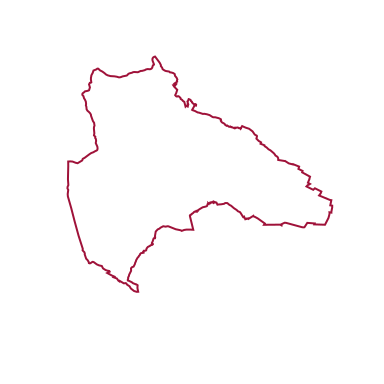 outline of Joseni, Harghita, Romania, rotated 21°
{"feature_id": "2599482B15919593836564", "entity_name": "Joseni", "entity_type": "district", "adm_level": 2, "iso_a3": "ROU", "parent_name": "Romania", "parent_adm1": "Harghita", "projection": "robinson", "projection_center": [25.38, 46.684], "detail": "fine", "context": "isolated", "style": "outline", "palette": "rose", "viewbox_px": 384, "rotation_deg": 21, "n_neighbors": 0, "source": "geoboundaries", "source_scale": "gbopen_adm2", "svg_char_len": 5986}
<svg xmlns="http://www.w3.org/2000/svg" viewBox="0 0 384 384"><g transform="rotate(21 192 192)"><path d="M177.5,304.4L175.7,301.6L175.1,300.2L174.8,298.9L174.6,298.5L173.6,298.3L172.7,298.2L172.4,298.4L171.9,298.3L169.6,298.3L168.1,297.8L164.5,297.5L163.8,297.6L163.5,297.0L163.4,295.6L163.0,294.6L163.2,293.2L163.0,292.0L163.0,291.4L163.4,287.4L162.4,285.1L163.0,283.6L164.2,282.6L164.5,279.8L164.3,278.1L164.5,277.1L164.3,275.8L164.8,272.6L165.3,271.7L165.4,270.6L165.9,269.3L165.8,268.4L166.3,267.4L168.6,266.0L168.5,265.7L167.8,265.3L168.1,264.1L168.8,263.9L169.9,263.2L170.1,262.7L169.9,261.6L169.9,260.9L170.4,259.2L172.1,257.3L172.4,256.6L173.8,255.6L174.2,254.8L174.0,254.5L173.2,254.6L172.9,254.3L172.8,253.9L173.0,252.3L172.9,251.1L172.8,249.2L173.1,248.7L174.0,248.4L173.8,247.3L173.3,246.8L172.3,241.9L173.4,239.2L174.8,237.8L175.3,236.7L177.4,234.3L179.8,233.8L181.5,232.7L182.3,232.5L190.2,232.6L194.4,231.9L195.7,231.8L196.2,232.0L196.9,231.5L198.2,230.3L200.3,229.1L203.9,227.7L206.7,226.8L199.2,216.0L198.5,214.9L198.5,214.3L199.4,213.4L199.6,213.0L199.5,212.7L200.6,211.2L201.1,209.9L201.5,209.5L201.6,209.3L202.4,209.0L202.5,208.8L202.8,208.9L203.0,208.6L203.3,208.6L203.2,208.4L203.4,208.4L203.3,207.8L203.8,207.6L203.7,207.5L205.3,205.2L207.4,202.5L210.0,200.7L210.8,200.0L211.1,199.4L210.9,197.7L211.0,197.3L211.7,197.2L211.4,196.7L211.7,196.8L211.9,196.3L212.7,196.1L212.6,195.9L212.8,195.6L212.7,195.5L212.8,195.2L213.5,195.3L213.9,194.5L214.5,194.4L214.7,194.1L214.8,194.4L215.2,194.2L215.4,194.4L215.9,194.5L215.9,194.2L216.3,194.0L216.3,193.7L216.6,193.9L217.0,193.7L216.9,193.2L218.6,193.1L220.3,194.7L221.1,194.2L223.7,193.0L226.2,191.5L226.7,190.7L227.4,190.2L229.0,189.7L231.5,190.6L233.4,190.8L237.0,192.1L240.2,192.8L241.7,193.5L244.0,193.6L245.1,194.3L248.9,197.2L249.1,197.2L249.5,196.4L251.5,198.3L252.2,197.4L252.6,197.6L253.8,196.5L254.3,196.9L257.8,192.3L258.1,192.7L259.8,192.7L262.8,193.1L271.3,195.3L271.0,196.8L286.0,190.9L287.6,191.1L287.5,190.6L286.9,190.2L289.5,187.5L290.8,187.1L307.6,185.4L309.1,184.9L309.6,184.6L310.7,179.5L317.8,177.4L317.8,178.4L327.9,174.9L328.7,167.4L328.4,164.4L328.1,162.7L327.6,161.7L329.5,161.3L329.2,160.5L328.4,156.1L327.8,154.5L325.9,154.9L325.0,149.7L323.5,150.0L311.9,149.7L312.6,147.2L312.6,145.2L305.4,144.5L304.4,146.5L296.9,145.8L297.5,144.2L298.7,143.0L299.3,142.2L296.9,141.8L297.0,137.6L296.8,137.2L296.7,135.4L287.8,134.2L287.7,132.7L283.1,132.3L282.9,129.9L276.5,129.8L276.5,130.1L272.1,130.6L267.8,129.7L267.7,129.8L261.0,131.2L260.3,129.5L259.1,128.5L256.7,128.0L256.1,127.4L254.5,126.5L250.3,125.0L248.1,124.7L245.8,123.7L243.4,123.2L242.9,122.4L238.7,122.4L238.7,120.9L235.9,120.4L233.0,119.1L232.7,116.7L232.3,116.2L230.0,115.9L226.8,113.7L222.6,112.5L218.9,112.7L215.2,112.5L214.9,114.1L214.5,114.7L214.7,114.9L214.8,114.8L214.9,115.0L214.5,115.2L214.5,115.6L213.9,115.3L213.2,115.4L212.8,115.6L212.3,115.4L211.5,115.4L210.7,116.0L209.9,116.1L209.7,116.3L209.6,116.8L209.3,116.8L209.1,117.0L208.8,116.9L208.7,117.3L207.0,117.2L205.6,117.4L205.5,117.2L205.1,117.4L204.4,117.1L203.9,117.6L203.6,117.6L203.2,117.8L202.9,117.6L202.2,117.6L200.9,117.3L200.5,117.8L200.2,117.7L199.0,117.5L198.3,116.9L197.5,116.6L195.2,116.3L194.3,115.9L193.5,115.3L193.6,115.0L193.2,114.7L193.1,114.0L192.8,113.7L190.5,113.5L187.0,113.9L185.0,114.6L184.2,114.6L180.9,113.9L178.0,114.1L175.4,114.6L174.2,115.2L170.1,115.4L168.8,115.7L165.6,115.3L163.1,115.4L162.7,115.3L163.3,111.3L163.1,110.4L164.8,109.9L164.5,108.9L163.7,108.7L163.0,109.1L161.8,109.2L159.9,108.4L159.5,107.7L158.5,107.5L157.7,106.6L156.4,106.4L155.6,106.5L155.6,108.7L155.3,109.1L156.4,110.6L156.2,110.6L156.4,111.6L157.2,112.2L157.4,113.8L155.6,113.6L155.3,114.5L152.5,110.6L150.8,110.2L149.9,109.6L148.1,109.2L147.5,108.3L145.6,107.5L144.6,107.5L143.8,108.3L142.8,108.3L141.6,107.6L141.8,105.5L141.6,101.9L137.7,100.1L136.2,99.0L137.3,98.2L138.1,98.5L138.6,96.9L136.9,96.8L138.6,94.3L138.0,93.4L138.0,92.2L136.6,90.8L134.5,89.6L133.6,88.1L132.0,87.7L130.1,87.8L128.5,88.2L127.8,87.8L127.2,87.8L124.4,88.4L123.0,88.4L120.6,87.9L119.5,86.6L117.8,85.6L117.5,84.7L115.5,82.9L109.0,78.8L108.4,79.2L107.6,80.2L107.3,81.4L107.5,82.3L108.1,83.5L110.8,86.5L110.8,86.9L110.1,87.8L110.3,90.2L110.0,91.3L109.4,92.0L108.7,92.5L106.6,93.1L105.2,94.0L104.2,95.2L102.0,96.8L100.7,97.4L98.5,99.6L95.3,100.6L94.1,101.2L93.3,102.1L90.9,103.8L90.1,104.9L89.7,106.1L89.3,106.7L85.7,109.0L84.8,109.9L83.6,110.8L82.6,111.2L80.7,111.3L78.2,111.8L74.4,113.0L71.5,113.3L69.6,113.1L67.8,112.4L65.2,111.7L62.5,111.4L60.4,110.5L59.9,110.5L59.3,110.9L58.8,111.8L56.5,113.9L56.6,116.5L56.3,118.6L56.3,119.5L56.5,120.1L56.7,121.5L57.3,123.2L58.7,125.7L58.4,126.2L57.5,126.7L57.3,128.4L59.2,130.9L59.4,133.4L59.4,133.9L59.1,134.3L57.8,135.3L56.0,136.4L55.6,137.4L54.6,139.0L54.5,139.5L54.6,140.1L54.9,140.7L56.3,141.4L57.7,143.3L58.8,144.0L60.5,145.7L61.6,147.8L61.9,149.2L62.8,150.2L64.0,152.6L65.3,153.6L67.0,154.2L68.5,154.9L69.9,156.0L70.4,157.0L74.1,161.3L75.8,162.5L77.2,165.0L77.2,166.3L77.4,167.1L77.7,168.0L79.8,172.2L80.2,174.3L81.9,175.0L82.2,176.2L83.2,176.9L84.2,178.7L84.6,180.8L87.4,183.6L88.2,185.1L88.5,186.4L88.4,186.9L88.0,187.6L87.2,188.3L85.6,190.3L84.0,191.7L82.9,193.2L79.5,198.6L78.2,200.1L78.1,200.5L78.2,201.5L78.1,202.0L74.9,206.1L72.9,206.4L69.6,206.4L67.5,207.0L65.5,207.9L67.2,212.2L71.6,224.5L74.1,229.9L74.0,231.7L74.4,233.2L75.7,234.4L76.7,238.5L77.7,240.6L85.0,250.3L92.9,261.4L101.8,273.5L110.4,284.2L110.8,285.7L113.1,286.8L114.0,287.9L114.2,288.7L117.1,292.2L118.9,293.0L120.6,294.3L121.2,295.3L121.9,295.3L122.6,295.0L124.1,292.9L124.8,292.7L125.5,292.7L129.1,293.7L131.6,293.8L134.3,293.4L136.3,295.2L137.6,295.5L139.3,295.8L140.8,295.8L143.1,295.4L143.7,295.9L141.9,298.0L147.2,298.7L149.8,298.8L149.3,299.7L152.9,299.7L155.1,301.2L156.4,301.5L156.4,300.9L161.0,301.7L161.9,301.3L162.8,300.8L163.5,301.0L164.7,301.8L167.5,302.4L169.5,304.0L173.4,305.2L176.2,305.0L177.5,304.4Z" fill="none" stroke="#9f1239" stroke-width="2"/></g></svg>